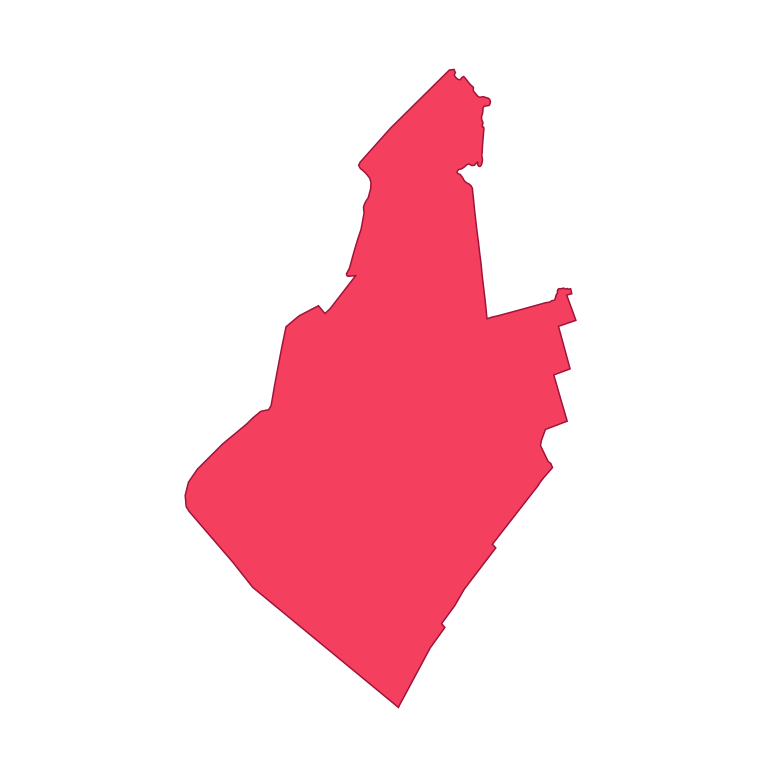 Vrani, Caras-Severin, Romania, rotated 96°
{"feature_id": "2599482B45618500974221", "entity_name": "Vrani", "entity_type": "district", "adm_level": 2, "iso_a3": "ROU", "parent_name": "Romania", "parent_adm1": "Caras-Severin", "projection": "equal_earth", "projection_center": [21.437, 45.023], "detail": "fine", "context": "isolated", "style": "filled", "palette": "rose", "viewbox_px": 768, "rotation_deg": 96, "n_neighbors": 0, "source": "geoboundaries", "source_scale": "gbopen_adm2", "svg_char_len": 3118}
<svg xmlns="http://www.w3.org/2000/svg" viewBox="0 0 768 768"><g transform="rotate(96 384 384)"><path d="M704.2,335.8L701.2,334.8L691.8,330.9L641.5,310.4L619.8,298.0L616.3,301.7L597.1,290.5L579.6,282.7L535.3,255.7L532.1,259.5L468.1,219.6L467.6,219.8L461.0,215.7L449.5,207.7L445.6,209.8L443.8,212.7L428.9,221.9L423.9,221.6L412.3,218.7L401.8,197.9L384.6,205.0L357.2,216.1L349.5,200.5L308.4,216.5L300.6,199.8L293.0,203.5L276.5,211.6L274.6,206.7L269.8,208.3L269.9,208.7L270.3,210.1L270.3,210.8L269.9,211.5L270.0,212.1L270.5,212.9L270.6,213.2L270.5,213.9L270.0,214.8L269.9,215.4L270.8,218.3L270.9,219.9L271.1,220.2L271.7,220.8L272.0,221.0L273.4,221.3L274.9,221.0L275.5,221.1L277.2,222.0L278.0,222.2L281.3,222.7L282.5,223.0L282.8,223.3L283.2,224.3L283.4,225.2L284.3,226.8L285.5,228.2L285.7,229.7L286.2,231.6L297.5,260.3L304.5,278.5L306.1,283.4L308.3,288.4L297.5,290.6L286.8,292.9L265.4,297.8L254.8,299.9L243.4,302.6L233.0,304.9L221.4,307.7L202.9,311.8L180.0,316.6L177.8,318.1L176.2,320.3L175.6,322.0L175.1,323.1L174.2,324.5L173.2,325.6L171.8,326.5L170.3,327.6L168.2,329.5L167.6,330.3L167.0,332.2L166.7,332.9L166.1,333.3L165.5,333.5L164.9,333.4L164.0,333.0L163.1,332.2L162.5,331.3L162.4,330.5L162.0,329.6L161.4,328.7L160.3,327.3L157.3,324.5L156.8,323.7L156.5,322.5L156.6,321.6L156.9,320.9L157.4,320.2L157.5,319.7L157.4,318.4L157.3,317.8L156.9,316.9L156.1,316.3L153.9,314.7L153.7,314.5L153.6,314.3L153.6,314.1L154.0,313.9L154.8,313.9L155.7,313.8L156.5,313.4L157.1,313.1L157.6,312.1L157.6,311.3L157.4,311.0L156.8,310.6L156.1,310.2L154.8,309.8L153.5,309.6L151.2,309.5L150.2,309.6L149.2,309.8L147.9,310.3L146.6,310.6L142.7,310.6L138.2,310.9L131.0,311.1L119.6,311.3L118.2,311.7L118.1,311.8L118.3,312.0L118.3,312.5L118.1,312.7L117.7,313.0L117.1,313.2L116.2,313.4L115.5,313.0L115.0,312.9L113.6,312.9L113.2,313.1L110.9,314.4L110.3,314.6L109.0,314.9L108.4,314.9L106.6,314.7L104.9,314.3L103.8,314.2L99.5,314.3L98.8,314.2L98.3,314.0L97.5,313.4L97.2,313.0L96.2,309.3L96.0,308.8L95.6,308.4L95.0,308.1L93.5,307.7L92.5,307.7L91.8,307.7L91.1,308.0L89.6,309.0L88.9,310.1L87.9,315.2L88.1,316.2L88.6,317.7L88.7,318.5L88.8,318.9L88.6,319.6L88.3,320.3L87.3,321.5L84.0,325.0L83.0,325.8L82.1,326.0L80.3,326.0L79.9,326.0L79.4,326.4L77.1,329.5L75.0,331.7L71.6,334.9L70.2,336.4L70.0,336.8L69.9,337.0L70.4,337.8L71.4,338.8L73.1,339.8L73.5,340.2L73.6,340.6L73.4,341.6L72.9,343.0L71.6,344.7L70.9,345.4L70.4,345.8L69.6,346.1L68.6,346.2L68.0,346.1L67.4,345.8L67.0,345.5L63.8,347.2L64.9,351.8L128.9,404.3L165.9,430.9L169.2,432.1L172.2,430.0L173.9,427.3L175.8,424.8L178.0,422.4L180.3,420.2L181.1,419.5L185.2,418.0L191.2,417.7L200.6,419.2L202.9,420.5L205.3,421.6L207.8,422.4L210.4,422.9L216.2,421.7L232.7,423.0L242.5,425.2L252.4,427.1L262.3,428.8L272.2,430.4L278.3,432.8L279.1,432.7L279.8,432.4L280.3,431.8L280.6,431.1L279.3,423.6L314.8,445.5L320.1,450.1L313.0,457.4L325.1,475.6L337.3,487.4L357.2,489.4L377.2,491.1L397.2,492.7L417.2,494.0L421.6,496.0L424.1,503.7L431.4,510.9L438.0,516.3L460.7,538.4L488.2,560.7L502.1,568.2L515.6,570.1L526.7,567.9L531.2,564.4L577.0,515.8L600.0,493.3L704.2,335.8Z" fill="#f43f5e" stroke="#9f1239" stroke-width="1.5"/></g></svg>